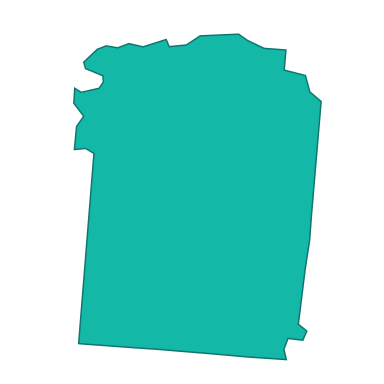 outline of Wayne, Tennessee, United States of America, rotated 4°
{"feature_id": "52423323B60565520400225", "entity_name": "Wayne", "entity_type": "district", "adm_level": 2, "iso_a3": "USA", "parent_name": "United States of America", "parent_adm1": "Tennessee", "projection": "robinson", "projection_center": [-87.803, 35.248], "detail": "fine", "context": "isolated", "style": "filled", "palette": "teal", "viewbox_px": 384, "rotation_deg": 4, "n_neighbors": 0, "source": "geoboundaries", "source_scale": "gbopen_adm2", "svg_char_len": 824}
<svg xmlns="http://www.w3.org/2000/svg" viewBox="0 0 384 384"><g transform="rotate(4 192 192)"><path d="M314.5,92.7L302.6,84.0L297.0,67.9L275.5,64.0L275.8,43.8L253.9,43.7L236.5,36.8L227.5,31.3L189.2,35.7L176.2,45.7L159.1,48.6L155.6,41.7L133.1,50.6L118.7,48.4L107.7,53.4L96.2,52.2L87.5,56.3L74.9,70.1L77.2,76.3L95.0,82.3L95.9,88.4L92.1,95.0L74.5,100.3L67.8,96.7L67.9,111.7L78.7,124.0L72.3,134.6L71.7,157.8L82.8,156.0L91.5,160.4L89.5,351.1L95.8,351.2L121.4,351.3L148.3,351.4L148.5,351.4L151.3,351.3L161.8,351.4L162.7,351.3L205.7,351.8L209.0,351.9L213.8,351.9L241.0,352.3L244.9,352.4L245.9,352.4L248.0,352.5L261.9,352.7L265.9,352.7L287.5,352.6L297.8,352.6L294.6,342.5L298.0,331.4L312.9,332.1L316.2,322.7L307.3,316.5L310.3,260.8L312.7,231.9L312.8,206.8L314.5,92.7Z" fill="#14b8a6" stroke="#0f766e" stroke-width="1.5"/></g></svg>